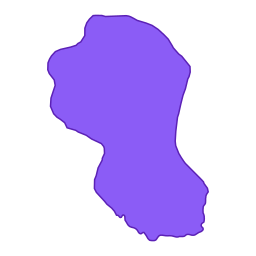 the district of El Chol, Baja Verapaz, Guatemala
{"feature_id": "79465075B40581937082552", "entity_name": "El Chol", "entity_type": "district", "adm_level": 2, "iso_a3": "GTM", "parent_name": "Guatemala", "parent_adm1": "Baja Verapaz", "projection": "robinson", "projection_center": [-90.474, 14.95], "detail": "fine", "context": "isolated", "style": "filled", "palette": "violet", "viewbox_px": 256, "rotation_deg": 0, "n_neighbors": 0, "source": "geoboundaries", "source_scale": "gbopen_adm2", "svg_char_len": 2559}
<svg xmlns="http://www.w3.org/2000/svg" viewBox="0 0 256 256"><path d="M208.2,191.9L207.4,188.2L204.0,183.5L203.5,181.9L201.6,179.8L185.3,163.4L183.8,161.4L181.2,157.5L178.8,153.5L175.7,145.7L175.2,141.2L175.8,131.3L177.5,117.2L178.6,113.9L180.8,104.0L183.0,95.3L185.4,88.8L187.8,78.9L189.0,76.7L190.2,72.1L190.0,66.5L189.0,65.2L181.7,56.2L180.3,55.2L178.7,54.0L174.4,49.1L173.2,47.7L172.4,46.1L168.2,39.1L163.4,34.2L162.0,33.0L158.1,29.4L152.1,25.4L146.2,23.1L137.2,20.4L133.5,18.3L130.6,16.8L128.7,16.1L126.1,15.7L105.4,16.5L101.9,15.5L95.7,15.4L93.1,15.6L89.5,19.1L86.8,22.8L84.9,28.1L84.8,35.6L80.8,41.9L77.9,43.5L76.2,45.3L70.6,47.1L60.5,49.4L55.4,51.6L51.5,55.9L49.6,59.0L48.0,62.9L47.8,69.8L49.3,73.6L54.2,79.9L55.2,85.4L51.0,98.1L50.5,106.4L53.7,113.8L57.0,117.2L60.0,119.1L64.7,122.7L67.1,127.8L75.7,130.3L78.2,132.0L86.1,135.2L91.6,139.0L101.4,143.6L103.7,146.5L104.3,148.3L104.5,153.5L102.3,158.3L102.2,160.1L98.1,167.9L96.2,175.7L94.6,179.6L94.4,188.5L96.4,192.4L104.6,201.3L106.9,204.2L111.7,208.1L114.4,211.2L116.5,215.2L117.9,215.3L118.8,216.0L119.6,217.1L120.3,217.5L121.4,217.2L122.1,215.9L122.8,215.1L123.7,215.0L124.5,215.7L124.9,216.9L124.9,217.7L125.0,219.3L125.1,220.2L126.5,222.4L127.4,224.0L128.0,224.9L128.5,225.5L129.7,226.5L131.2,227.1L132.2,227.4L133.2,227.6L134.4,228.0L135.2,228.4L136.2,229.1L136.9,229.8L137.5,230.5L138.0,231.4L138.5,232.3L139.2,233.1L140.2,233.7L141.2,233.7L142.2,233.0L142.9,232.5L144.0,232.5L145.7,234.8L146.5,236.0L147.2,237.3L147.9,238.5L148.6,239.3L149.6,240.2L150.4,240.4L152.0,240.6L153.6,240.6L154.6,240.5L155.8,240.0L156.7,238.9L157.4,237.8L158.0,237.0L158.5,236.3L159.4,235.6L160.4,235.2L161.2,235.2L162.1,235.2L164.2,235.5L165.5,235.7L167.5,235.8L169.7,235.7L171.2,235.8L172.0,235.9L173.2,236.2L174.3,236.5L175.1,236.7L175.9,236.9L176.6,237.0L177.4,237.0L178.2,236.9L179.2,236.5L180.5,236.5L181.8,236.5L182.9,236.5L184.1,236.3L184.8,235.9L185.5,235.4L186.3,234.7L187.2,234.4L187.9,234.4L188.9,234.4L190.1,234.7L190.8,234.9L192.0,235.2L193.3,235.2L193.9,235.2L195.1,234.8L198.1,232.9L198.9,232.4L199.8,232.1L201.2,231.5L202.5,230.5L203.1,229.6L203.1,228.6L202.8,227.8L202.2,227.3L201.4,226.3L201.2,225.5L201.3,224.6L201.7,223.6L202.8,222.8L203.9,222.0L204.2,220.2L204.3,218.6L204.2,217.4L204.2,216.3L204.0,215.4L203.6,214.0L203.1,213.0L203.0,210.8L203.0,209.4L203.1,208.4L203.2,206.9L203.5,206.1L204.0,205.3L204.5,204.8L205.3,203.6L205.5,202.6L205.6,200.4L205.6,198.6L205.8,197.3L205.9,196.1L206.2,195.2L206.7,194.1L207.2,193.3L208.2,191.9Z" fill="#8b5cf6" stroke="#5b21b6" stroke-width="1.5"/></svg>